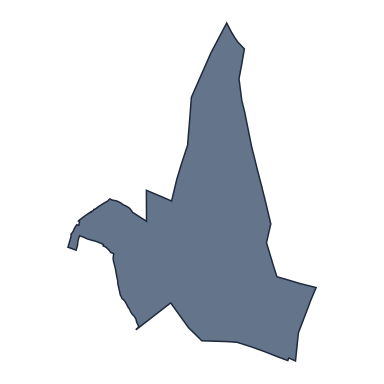 the district of San Jerónimo Tlacochahuaya, Oaxaca, Mexico
{"feature_id": "50627088B1648916665378", "entity_name": "San Jerónimo Tlacochahuaya", "entity_type": "district", "adm_level": 2, "iso_a3": "MEX", "parent_name": "Mexico", "parent_adm1": "Oaxaca", "projection": "natural_earth1", "projection_center": [-96.569, 17.019], "detail": "fine", "context": "isolated", "style": "filled", "palette": "slate", "viewbox_px": 384, "rotation_deg": 0, "n_neighbors": 0, "source": "geoboundaries", "source_scale": "gbopen_adm2", "svg_char_len": 3464}
<svg xmlns="http://www.w3.org/2000/svg" viewBox="0 0 384 384"><path d="M136.0,329.8L154.5,315.4L170.7,302.9L188.6,327.8L201.9,340.8L227.2,341.6L231.5,341.9L237.0,342.3L250.3,346.5L264.0,351.4L274.8,355.7L287.8,360.6L288.8,358.0L289.2,358.2L289.5,358.3L290.4,358.7L290.7,358.8L291.1,359.0L291.4,359.1L291.7,359.3L292.1,359.4L292.4,359.6L293.2,359.9L293.6,360.1L293.9,360.3L294.3,360.4L294.7,360.6L295.0,360.7L295.5,361.0L298.4,332.8L309.3,304.3L310.0,302.1L316.1,287.6L299.9,283.5L290.9,280.8L285.8,279.3L282.3,278.3L277.0,276.8L276.9,276.6L276.7,276.0L273.4,265.7L269.6,253.0L266.5,242.8L268.1,235.6L270.6,224.8L270.8,223.9L269.8,219.7L269.1,216.8L267.9,211.8L266.5,205.7L265.3,200.8L265.0,199.8L264.8,198.7L262.4,189.3L262.1,187.7L260.9,183.4L257.7,171.0L257.2,169.0L256.5,166.2L255.5,162.2L254.2,156.8L253.0,152.2L251.5,146.0L250.3,140.1L248.0,128.6L246.3,120.2L244.9,113.0L241.8,100.5L239.0,78.7L241.8,64.0L243.2,55.8L244.4,48.9L237.6,41.9L234.7,37.5L231.5,32.3L226.7,23.0L210.9,52.9L191.4,97.3L189.3,124.3L188.4,134.8L187.6,145.1L181.3,164.4L176.8,179.2L171.6,201.0L146.4,190.3L146.5,221.2L141.2,217.9L134.0,213.2L133.7,213.1L133.3,212.9L132.8,212.6L132.4,212.2L131.9,211.2L131.1,210.2L130.6,209.5L129.9,208.6L128.6,207.5L127.4,206.8L125.6,205.8L123.9,205.1L123.1,204.6L122.3,204.1L121.8,203.7L120.9,203.0L119.2,202.1L118.0,201.5L117.0,201.1L116.6,200.9L116.1,200.8L115.6,200.7L115.0,200.5L114.4,200.5L113.7,200.4L113.0,200.2L112.2,200.0L111.4,199.6L110.2,199.1L109.9,198.9L108.9,199.7L108.5,200.3L108.3,200.5L107.3,201.3L105.8,202.1L105.3,202.3L103.9,203.1L103.5,203.4L103.2,203.7L103.0,203.8L102.9,203.8L102.6,204.0L102.2,204.2L102.0,204.4L101.7,204.6L101.4,204.8L101.0,205.0L100.6,205.3L100.2,205.5L99.8,205.8L99.5,205.9L99.2,206.2L98.8,206.5L98.3,206.9L97.7,207.2L97.3,207.6L97.1,207.7L96.9,207.9L96.8,208.0L96.5,208.2L96.2,208.4L96.0,208.5L95.6,208.7L95.3,208.9L94.8,209.3L94.4,209.4L94.0,209.5L93.8,209.5L93.7,209.8L93.6,210.0L93.5,210.3L93.2,210.5L92.7,210.8L92.4,211.0L92.0,211.2L91.7,211.4L91.3,211.6L91.4,212.0L91.1,212.2L91.0,211.8L90.6,212.0L87.9,213.8L87.7,214.0L84.9,215.9L83.5,216.9L82.0,218.1L78.6,220.7L78.4,221.0L79.5,221.5L79.3,222.6L79.2,223.2L79.1,223.8L78.8,225.3L76.8,224.7L76.2,225.5L75.5,226.6L75.3,227.0L75.0,227.4L74.3,228.6L73.2,231.3L72.6,232.1L72.2,232.8L71.0,234.1L71.1,236.2L70.9,237.1L69.9,240.6L68.7,244.7L68.0,247.0L67.9,247.2L69.3,247.7L72.4,248.8L73.7,249.3L75.4,249.9L76.1,250.2L76.7,248.2L77.3,246.1L77.7,243.8L77.9,241.6L78.1,240.6L78.2,239.9L78.4,239.3L78.7,238.4L79.0,237.3L79.3,236.7L79.7,235.7L80.0,235.9L80.5,236.1L81.9,236.6L82.5,236.8L83.4,237.1L84.6,237.7L85.7,238.2L85.9,238.3L86.1,238.4L86.4,238.5L86.9,238.7L87.6,239.0L88.0,239.1L88.6,239.3L89.5,239.6L90.3,239.8L91.3,240.1L92.6,240.5L93.2,240.7L93.3,240.6L93.8,240.7L94.5,240.9L96.0,241.4L97.6,242.0L98.9,242.5L99.8,242.8L100.7,243.2L102.3,244.0L103.5,244.5L103.1,245.9L104.8,246.6L105.8,247.2L106.3,247.5L107.4,248.6L108.8,249.9L110.3,251.8L110.7,252.5L111.9,252.9L113.3,253.5L113.8,253.8L113.5,254.9L113.1,258.3L113.4,260.8L114.4,264.8L115.3,268.1L116.7,276.3L117.7,280.8L117.8,283.6L119.4,290.7L120.3,295.0L121.0,296.2L122.1,298.6L124.0,300.2L125.1,301.7L126.6,304.3L128.0,307.1L129.4,309.0L130.1,310.4L130.6,311.8L131.6,313.1L132.2,314.3L133.2,315.2L134.5,316.6L135.4,318.2L135.9,318.9L136.3,320.8L136.5,321.7L137.3,323.4L137.8,324.7L138.5,325.5L138.4,326.7L138.0,327.7L136.3,329.1L136.0,329.8Z" fill="#64748b" stroke="#1e293b" stroke-width="1.5"/></svg>